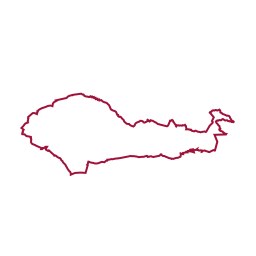 Chignautla, Puebla, Mexico (Natural Earth projection), rotated 71°
{"feature_id": "50627088B95871008533401", "entity_name": "Chignautla", "entity_type": "district", "adm_level": 2, "iso_a3": "MEX", "parent_name": "Mexico", "parent_adm1": "Puebla", "projection": "natural_earth1", "projection_center": [-97.415, 19.757], "detail": "fine", "context": "isolated", "style": "outline", "palette": "rose", "viewbox_px": 256, "rotation_deg": 71, "n_neighbors": 0, "source": "geoboundaries", "source_scale": "gbopen_adm2", "svg_char_len": 5762}
<svg xmlns="http://www.w3.org/2000/svg" viewBox="0 0 256 256"><g transform="rotate(71 128 128)"><path d="M109.0,134.1L108.4,134.4L107.6,135.1L106.4,136.7L105.1,137.9L104.7,138.1L100.8,138.4L100.1,138.6L97.2,140.1L96.0,141.9L94.5,143.4L92.9,144.2L92.7,146.1L91.6,146.0L91.5,147.5L90.4,147.4L90.2,149.0L89.1,148.8L89.0,149.6L88.7,149.6L88.6,150.0L88.3,149.9L88.2,150.3L87.9,150.3L87.8,150.7L87.5,150.6L87.4,151.8L86.7,151.7L86.6,152.5L86.2,152.5L85.7,153.2L86.2,154.1L86.1,154.6L85.9,155.0L85.1,156.1L84.7,157.2L83.4,158.8L82.0,159.1L81.7,159.4L81.6,160.1L80.3,161.2L80.1,162.1L79.4,165.9L78.9,168.1L78.9,169.8L78.7,169.8L78.5,172.5L78.6,173.9L78.7,174.6L79.6,176.3L79.6,176.6L78.4,187.0L79.0,186.7L79.5,189.6L80.4,191.0L82.7,192.3L82.3,192.7L81.5,194.2L81.1,196.3L81.3,199.9L81.2,202.7L81.6,205.7L82.0,206.9L82.4,207.4L83.8,208.6L83.5,208.7L85.2,209.6L84.7,210.2L84.1,210.6L83.3,211.9L82.9,213.3L85.1,218.8L86.2,219.0L86.2,219.3L87.9,219.8L88.8,220.6L90.2,220.7L90.3,223.5L90.8,224.5L92.2,226.5L93.3,228.7L95.7,227.2L96.3,227.9L96.7,228.6L97.6,228.6L98.3,229.6L99.4,230.0L100.4,227.8L102.5,226.7L104.8,222.7L105.0,222.7L105.8,223.3L106.7,223.3L106.7,223.1L107.5,223.2L108.3,223.7L109.8,224.3L111.1,224.1L111.9,223.7L114.2,221.1L114.9,220.6L118.8,216.3L119.7,217.0L120.0,216.1L120.0,215.8L119.2,215.1L119.6,214.4L118.9,212.1L119.4,210.7L120.9,212.5L121.5,212.7L122.2,212.4L123.7,210.9L123.4,210.1L129.6,206.7L129.7,206.8L130.2,206.7L130.1,205.9L131.1,204.9L132.5,204.2L133.4,203.3L133.9,202.9L134.2,202.2L135.7,201.6L136.4,201.6L137.4,201.2L138.0,200.7L138.7,200.7L139.7,200.5L141.8,199.4L142.7,199.1L144.0,199.0L145.4,198.6L147.1,198.4L149.6,197.6L150.8,196.9L152.3,196.9L153.5,197.3L153.3,194.6L153.3,192.5L154.7,187.5L156.6,182.7L150.1,178.2L149.5,178.6L149.0,177.9L148.7,177.6L146.9,176.5L147.0,176.1L148.1,175.1L150.0,171.8L150.8,170.8L151.4,169.0L151.6,167.8L151.5,163.8L152.7,161.4L152.1,160.1L151.8,158.9L152.1,158.4L151.9,158.0L151.5,158.1L151.2,157.9L151.8,156.0L152.0,153.8L152.5,152.9L152.8,149.9L153.3,148.3L153.3,148.0L153.8,145.7L155.4,134.2L156.1,133.2L156.4,131.8L157.2,130.4L157.6,129.5L158.0,128.8L159.1,127.3L159.7,124.5L160.3,122.7L160.4,120.3L160.6,119.8L160.5,119.3L160.8,118.8L161.8,118.7L162.1,116.9L162.0,116.4L162.2,115.6L162.5,115.0L162.8,114.8L163.8,113.2L163.7,112.9L163.8,112.2L164.1,110.3L164.3,108.3L164.5,107.5L164.4,107.2L164.3,106.7L163.6,105.8L163.8,105.1L164.0,105.1L164.1,105.3L164.5,104.9L165.0,104.7L165.9,104.0L166.2,103.0L166.7,102.4L167.5,101.6L169.4,99.4L169.7,99.2L171.0,97.0L171.4,96.9L171.6,95.5L172.0,95.0L171.9,93.8L172.0,93.1L171.9,92.4L172.3,91.1L172.4,89.9L172.1,87.6L169.8,86.5L169.2,86.7L168.9,87.3L168.9,87.0L169.0,86.6L169.5,86.3L169.7,85.7L170.3,85.3L170.7,84.3L169.5,84.0L170.0,81.0L169.5,80.8L169.8,80.1L169.8,79.8L170.2,79.9L170.4,79.6L169.9,79.4L169.4,79.4L169.2,79.2L169.4,78.2L169.5,78.1L169.6,77.8L169.9,77.9L170.1,76.8L170.4,76.8L170.7,76.0L172.4,73.6L171.7,73.6L170.9,74.5L169.0,75.8L168.8,75.9L168.8,75.7L169.1,75.4L169.1,74.8L169.4,74.2L169.2,73.4L169.4,73.2L170.1,73.2L170.7,72.3L170.6,71.8L170.7,71.0L170.8,70.8L170.6,70.3L170.5,69.9L171.0,70.4L171.3,69.8L171.4,69.2L171.7,69.0L171.8,68.6L172.4,68.3L172.6,67.9L172.6,67.4L172.7,66.6L173.1,65.9L173.7,65.7L174.5,66.1L174.5,65.5L173.7,64.8L174.2,63.6L174.2,62.9L175.9,60.9L176.1,60.4L177.1,59.4L177.2,58.8L177.1,57.3L176.9,56.9L176.8,54.9L176.7,54.6L176.8,54.1L177.0,54.1L177.6,53.3L177.6,53.1L170.0,48.0L162.6,48.4L166.0,37.5L165.6,37.0L165.0,38.1L164.5,38.3L163.2,39.4L162.8,39.6L162.2,39.7L160.9,41.4L160.7,41.4L160.6,41.7L159.8,41.8L159.7,42.1L159.1,42.2L158.5,41.6L158.5,41.2L158.3,41.3L157.2,41.0L156.5,41.1L155.9,40.9L155.4,41.2L155.0,41.6L153.4,42.0L152.3,42.6L151.5,42.8L150.4,42.7L149.9,41.2L150.4,40.7L150.4,39.9L150.2,39.5L150.2,39.0L150.8,38.1L151.0,37.5L150.9,37.0L150.4,36.0L150.5,35.3L150.8,35.0L152.4,33.9L152.6,33.4L152.8,32.2L153.0,31.7L153.8,31.3L154.3,30.7L154.3,30.2L154.8,29.8L154.9,29.2L155.3,28.6L156.1,28.0L156.3,27.3L156.8,26.6L156.7,26.2L156.3,26.0L155.8,26.3L155.2,27.3L151.6,28.2L150.3,28.2L149.4,28.7L148.8,29.6L148.5,30.7L147.2,31.9L145.5,34.0L144.3,34.5L143.9,34.9L143.6,35.5L143.1,35.6L141.9,35.2L141.1,35.3L140.4,35.6L140.6,37.5L140.4,38.1L140.1,38.5L139.7,38.8L139.5,39.3L139.6,40.7L139.4,41.1L139.0,41.6L139.0,42.0L139.1,42.9L139.3,43.4L139.7,43.7L139.8,44.2L139.7,44.8L139.7,45.3L140.1,45.7L141.5,45.0L145.8,43.4L148.7,46.3L149.0,46.3L150.0,45.9L150.6,46.3L152.5,50.1L157.0,55.3L156.9,56.1L156.4,56.5L156.2,56.9L155.9,58.5L155.7,60.7L154.5,62.5L154.2,63.3L152.9,64.5L152.5,65.1L152.5,65.6L152.8,66.0L152.8,66.3L151.6,68.4L150.3,68.8L150.3,69.6L149.9,69.9L149.5,70.0L149.3,70.9L149.0,71.1L148.7,71.7L148.2,73.4L147.8,73.1L147.3,72.9L145.6,72.8L145.1,72.6L143.6,73.1L143.9,73.8L143.6,74.6L143.2,75.2L143.1,75.5L143.4,76.1L143.3,76.5L142.8,77.2L142.5,78.1L142.4,78.9L142.0,79.2L141.7,80.2L141.3,80.8L141.5,81.2L141.8,81.3L142.2,81.9L141.6,82.1L140.5,81.9L140.1,82.0L139.1,82.6L138.0,82.7L137.5,82.8L137.0,83.2L135.6,83.1L134.7,83.7L134.9,84.5L134.8,85.7L135.3,85.7L135.3,86.2L138.5,89.1L139.1,90.1L138.9,90.9L135.2,96.6L134.8,97.0L134.3,98.0L133.9,98.5L132.3,99.6L131.9,99.8L131.5,100.4L129.6,102.0L129.1,102.5L128.6,103.5L128.0,104.0L128.1,104.4L128.7,104.9L128.9,105.2L128.9,105.6L127.4,106.2L126.6,106.8L126.7,107.0L127.9,107.0L128.3,110.6L127.8,111.4L127.6,111.4L126.3,112.0L125.4,113.4L125.2,114.1L125.4,114.4L125.6,115.2L125.6,116.9L125.8,118.5L126.3,119.5L126.8,120.2L127.9,121.1L128.3,122.5L126.8,124.3L125.6,125.3L124.5,125.7L124.2,126.7L123.5,127.9L120.6,129.5L119.1,129.5L117.4,130.4L116.5,130.8L115.7,131.0L114.9,131.5L114.8,132.3L114.5,132.8L113.7,133.4L113.1,133.1L112.5,133.0L112.0,133.6L111.9,133.9L111.3,134.0L110.9,133.9L109.0,134.1Z" fill="none" stroke="#9f1239" stroke-width="2"/></g></svg>